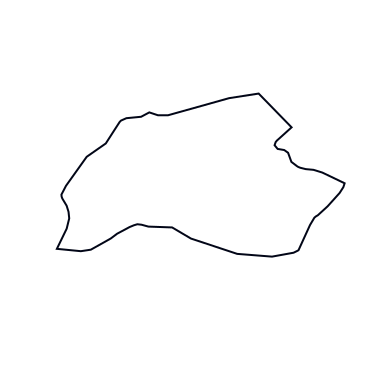 the Department of Sacatepéquez, rotated 250°
{"feature_id": "GTM-1953", "entity_name": "Sacatepéquez", "entity_type": "Department", "adm_level": 1, "iso_a3": "GTM", "parent_name": "Guatemala", "parent_adm1": "", "projection": "natural_earth1", "projection_center": [-90.754, 14.591], "detail": "fine", "context": "isolated", "style": "outline", "palette": "ink", "viewbox_px": 384, "rotation_deg": 250, "n_neighbors": 0, "source": "natural_earth", "source_scale": "10m", "svg_char_len": 886}
<svg xmlns="http://www.w3.org/2000/svg" viewBox="0 0 384 384"><g transform="rotate(250 192 192)"><path d="M100.9,272.2L100.7,271.3L100.2,266.7L103.9,245.1L118.4,213.3L148.6,175.1L165.5,161.2L174.4,139.2L178.5,133.4L180.4,129.6L180.6,126.0L180.4,121.3L178.4,107.3L176.1,99.8L172.4,77.2L174.4,67.3L184.8,45.6L200.4,61.7L209.2,67.6L215.6,69.2L222.0,69.5L230.2,67.9L232.2,67.9L234.2,68.4L240.9,75.7L261.1,105.1L267.1,127.6L276.0,139.3L282.5,147.9L283.4,149.7L283.8,155.6L280.1,169.9L281.4,179.1L275.8,186.2L272.3,195.8L267.5,258.9L261.7,288.3L218.7,307.7L211.3,289.4L210.3,287.7L207.7,285.6L203.2,287.2L199.9,293.0L196.0,295.7L186.3,295.7L180.5,299.4L179.2,300.4L177.7,302.1L174.6,306.7L171.3,313.7L170.2,315.2L165.7,321.1L148.0,338.4L144.8,335.9L140.6,330.4L132.2,314.6L127.1,302.3L126.7,300.1L126.0,298.2L120.6,291.6L100.9,272.2Z" fill="none" stroke="#020617" stroke-width="2"/></g></svg>